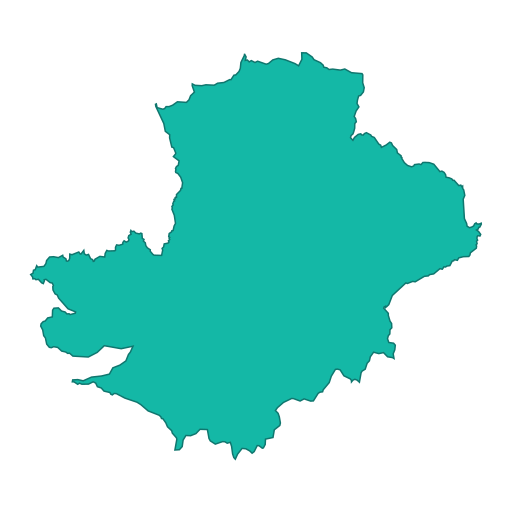 Cayambe, Pichincha, Ecuador (Robinson projection)
{"feature_id": "8360857B65214647181775", "entity_name": "Cayambe", "entity_type": "district", "adm_level": 2, "iso_a3": "ECU", "parent_name": "Ecuador", "parent_adm1": "Pichincha", "projection": "robinson", "projection_center": [-78.111, -0.003], "detail": "fine", "context": "isolated", "style": "filled", "palette": "teal", "viewbox_px": 512, "rotation_deg": 0, "n_neighbors": 0, "source": "geoboundaries", "source_scale": "gbopen_adm2", "svg_char_len": 5979}
<svg xmlns="http://www.w3.org/2000/svg" viewBox="0 0 512 512"><path d="M364.2,87.7L362.7,82.8L362.8,74.9L362.0,73.6L351.5,72.7L344.8,69.0L340.4,70.1L332.7,69.1L329.0,69.5L326.8,67.8L323.8,67.2L323.2,65.2L320.5,62.7L314.0,59.7L312.2,57.0L306.3,52.9L301.7,52.8L301.9,59.3L298.6,65.8L295.0,63.6L285.3,59.8L278.3,58.3L272.8,59.9L268.5,63.5L266.2,64.2L257.6,61.2L255.0,62.5L251.3,60.6L249.2,61.9L247.3,60.0L245.3,60.4L246.1,56.9L244.4,53.8L244.5,55.1L240.9,62.5L240.3,68.4L239.0,71.5L235.8,74.9L233.9,75.2L231.0,79.7L229.7,79.6L223.9,82.5L217.6,83.2L214.2,85.2L205.9,84.8L201.7,85.7L195.0,85.3L192.3,83.9L192.2,85.7L194.4,92.1L190.6,95.7L189.0,99.8L186.4,102.4L177.4,101.8L172.6,105.2L169.1,106.6L166.1,106.6L164.6,108.6L162.8,109.2L157.1,107.6L156.3,103.9L155.5,104.3L155.8,106.4L163.8,123.5L165.3,131.3L169.7,134.7L169.6,137.9L171.8,147.1L173.6,147.7L175.7,152.9L175.7,153.7L173.4,156.6L179.1,160.9L178.2,165.4L176.5,166.5L175.5,168.5L175.9,169.6L175.5,171.3L175.8,172.5L177.9,173.5L180.7,177.2L182.6,182.7L181.8,188.3L181.0,188.4L180.5,190.4L176.5,194.5L176.5,197.3L175.6,197.2L175.0,197.9L175.3,198.9L174.0,199.4L174.6,200.9L173.8,201.2L172.8,203.8L173.2,204.9L171.9,206.4L172.3,208.0L171.9,209.2L174.3,215.3L175.5,223.4L174.1,226.0L173.1,230.5L171.9,230.7L171.5,231.9L169.2,233.5L168.7,236.7L169.7,237.4L169.1,238.2L169.7,239.6L168.4,240.8L169.0,242.0L168.0,243.1L164.2,243.9L163.6,247.0L162.1,248.4L162.7,250.1L161.6,255.4L154.1,255.2L152.9,254.4L150.2,251.2L150.3,249.8L147.3,247.8L145.8,245.6L145.3,242.8L143.4,241.1L144.0,239.4L142.3,238.4L141.9,233.6L140.8,233.1L139.3,233.9L135.8,233.1L133.9,231.2L131.7,231.6L130.9,230.5L130.3,232.2L131.1,234.2L128.8,235.6L128.1,237.9L129.0,239.6L128.4,241.0L126.3,242.1L124.1,240.8L122.9,242.4L122.7,244.2L119.1,245.3L116.6,244.9L115.5,247.3L115.5,250.2L114.8,250.8L108.5,251.0L106.8,250.4L105.2,253.4L104.7,257.0L99.9,256.4L95.0,259.2L94.3,261.0L93.3,261.4L92.6,259.6L90.6,258.7L88.5,254.4L86.3,255.1L84.3,253.8L83.8,250.4L81.0,254.0L80.2,254.0L78.8,252.0L72.0,254.7L69.8,254.1L69.7,258.4L68.8,260.5L67.5,261.2L66.4,261.0L65.9,258.8L63.1,257.0L62.7,255.3L58.4,257.6L53.5,256.7L49.6,257.0L46.6,260.5L45.9,263.6L43.9,266.4L37.7,267.1L36.7,265.7L35.2,269.7L33.5,270.2L33.0,273.2L30.7,274.5L32.6,277.0L32.9,278.9L34.8,278.7L35.9,279.7L38.4,279.3L41.6,282.8L43.3,283.6L44.4,280.8L44.2,279.7L46.0,279.3L50.1,282.6L52.3,283.1L53.4,285.5L52.8,286.6L53.0,290.0L55.1,293.9L57.3,295.0L58.6,298.1L68.0,308.8L75.6,311.9L75.3,313.2L70.1,314.6L69.2,313.8L66.9,313.9L65.1,312.0L61.5,311.0L58.4,307.9L53.9,308.2L52.6,310.2L52.3,316.9L47.7,317.9L45.2,321.0L43.2,321.6L41.1,323.8L40.7,326.1L42.7,329.9L43.7,335.7L45.4,337.9L46.7,344.1L49.3,347.3L51.3,347.7L53.7,346.7L57.7,347.4L61.7,351.1L65.7,352.0L67.7,353.4L69.6,353.2L72.9,356.1L88.3,357.0L97.2,352.4L104.3,345.7L121.2,348.7L133.0,346.2L130.3,352.2L128.5,354.4L125.9,360.9L119.9,365.1L112.9,367.8L109.4,374.1L101.5,376.0L91.5,377.1L83.2,380.8L77.8,379.6L72.7,379.9L72.3,381.8L74.1,381.9L77.7,384.3L79.5,383.2L81.9,384.2L88.5,384.1L93.2,381.8L95.7,383.1L97.4,386.7L101.3,388.0L104.0,391.1L109.9,392.5L110.8,394.2L112.3,394.9L114.1,393.5L116.3,393.6L124.9,398.1L137.0,402.2L140.8,404.6L148.1,410.9L159.1,415.2L160.8,416.7L161.5,418.5L162.8,418.6L165.8,422.8L167.5,426.8L171.7,430.7L172.3,433.1L176.5,437.9L176.8,439.4L174.9,450.0L179.4,449.7L182.2,446.6L183.1,440.1L185.9,435.5L190.6,435.7L195.9,433.6L200.0,429.3L206.5,429.5L207.4,429.6L209.0,438.5L210.3,440.9L215.3,444.1L222.6,441.6L225.0,441.8L227.2,443.2L230.3,442.3L231.6,446.4L232.6,453.9L233.8,457.5L235.3,459.2L237.6,454.1L242.1,448.4L245.9,448.8L249.7,450.9L252.1,453.2L254.2,451.6L257.2,445.6L259.0,445.7L262.3,448.2L263.4,447.9L265.2,444.5L265.5,439.1L273.0,437.5L274.3,429.8L279.8,425.5L280.4,423.0L279.3,416.8L278.1,413.3L275.4,410.5L277.5,407.6L283.5,402.4L291.6,398.5L293.5,398.6L300.1,401.0L304.1,398.9L310.7,401.1L313.4,400.9L318.1,393.4L319.9,392.2L322.6,391.8L323.2,389.8L329.2,382.6L331.3,376.2L335.4,369.4L337.4,369.1L340.1,369.8L343.9,375.8L350.3,378.9L351.4,380.4L351.5,381.9L353.1,380.0L354.9,379.3L357.1,380.1L359.4,382.2L361.1,372.7L362.2,371.0L365.2,369.2L367.1,363.3L369.4,360.8L370.3,356.8L373.6,352.2L378.8,353.6L383.5,352.6L387.6,356.8L392.5,357.6L394.0,358.5L393.2,353.8L394.8,349.8L395.3,345.2L393.6,343.2L388.8,342.5L387.5,338.7L388.3,335.7L389.8,334.0L390.0,329.7L391.8,327.8L391.6,323.5L390.0,321.1L388.3,315.4L388.3,313.3L383.7,308.2L384.2,306.9L384.9,306.6L385.5,307.4L385.9,306.3L386.5,306.8L388.8,304.6L392.3,295.5L405.9,282.9L407.3,283.5L412.7,281.4L415.2,281.8L424.4,276.3L428.3,275.9L429.6,274.6L433.7,273.9L439.9,268.7L442.3,269.2L444.0,266.8L445.6,267.0L446.8,266.1L449.9,265.6L452.2,261.1L453.7,260.8L454.4,259.7L457.4,260.3L458.7,257.9L463.3,256.7L468.8,256.5L469.9,255.1L470.4,252.8L476.3,248.2L476.6,246.1L476.1,244.9L477.1,243.7L476.5,241.2L477.6,240.2L476.9,238.5L477.2,236.4L477.8,235.7L480.0,236.0L480.7,234.4L478.5,231.4L476.5,230.0L478.3,228.9L478.7,227.4L479.8,227.1L481.3,224.2L481.2,223.2L479.0,224.1L476.6,223.8L476.1,222.9L474.7,223.8L473.6,226.0L471.6,227.1L469.5,227.7L467.1,226.2L466.6,223.4L464.4,218.6L463.2,199.2L464.8,195.4L463.7,189.9L462.7,188.5L462.6,186.1L461.8,186.7L460.8,185.1L458.8,185.6L454.1,180.3L452.8,180.3L451.8,178.9L449.1,177.8L446.0,177.2L445.6,174.7L444.1,172.4L441.9,171.1L439.9,171.6L433.8,164.2L429.2,162.6L424.9,162.4L422.9,162.5L421.0,164.6L419.1,164.0L414.5,164.6L413.7,166.0L411.6,166.8L407.6,165.5L404.4,162.7L401.9,158.7L401.9,157.5L401.1,157.1L401.1,155.8L397.4,152.9L396.7,149.5L392.6,145.5L391.4,142.9L389.8,142.2L386.2,145.0L381.4,147.4L380.7,145.2L378.8,144.1L374.3,137.5L371.5,136.3L370.8,135.0L366.4,132.7L364.4,133.6L363.2,135.1L361.4,134.8L360.8,133.8L358.2,134.4L354.5,137.4L352.9,140.3L350.5,137.7L351.1,135.5L352.9,134.0L353.7,131.9L354.7,128.2L354.8,123.5L356.3,121.8L355.6,118.6L354.2,116.5L356.1,111.0L358.9,106.9L357.0,103.5L357.5,100.0L358.6,96.0L360.6,95.4L363.4,91.9L364.2,87.7Z" fill="#14b8a6" stroke="#0f766e" stroke-width="1.5"/></svg>